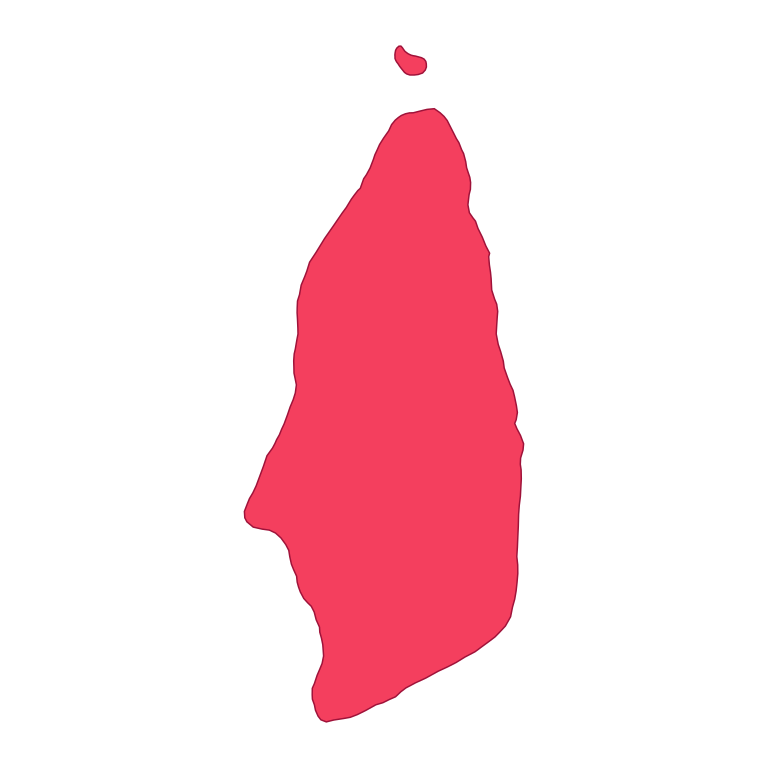 outline of North Maalhosmadulu, Maldives
{"feature_id": "70690204B68213949051923", "entity_name": "North Maalhosmadulu", "entity_type": "district", "adm_level": 2, "iso_a3": "MDV", "parent_name": "Maldives", "parent_adm1": "", "projection": "albers", "projection_center": [72.932, 5.655], "detail": "fine", "context": "isolated", "style": "filled", "palette": "rose", "viewbox_px": 768, "rotation_deg": 0, "n_neighbors": 0, "source": "geoboundaries", "source_scale": "gbopen_adm2", "svg_char_len": 2952}
<svg xmlns="http://www.w3.org/2000/svg" viewBox="0 0 768 768"><path d="M520.6,458.0L523.0,450.1L523.6,443.8L520.5,435.5L516.9,428.7L514.7,423.4L516.2,419.7L517.4,412.5L516.4,405.7L514.5,396.5L513.0,390.3L510.1,384.2L507.6,377.7L504.2,368.0L503.3,361.1L500.7,351.8L498.2,344.3L496.2,333.9L496.7,325.2L497.2,317.6L497.7,311.4L496.7,304.2L494.6,299.1L491.7,290.0L491.1,278.5L490.5,272.3L489.4,265.0L488.7,256.7L489.6,253.2L485.8,245.9L482.3,237.2L478.0,228.5L475.5,221.2L472.7,217.6L469.4,212.8L467.9,204.8L469.1,194.5L470.4,189.4L470.6,182.5L469.8,177.3L468.1,172.3L466.6,167.7L465.7,161.6L463.6,153.6L461.6,149.7L458.9,142.7L456.4,138.7L454.0,133.9L451.2,128.4L447.2,120.5L444.0,116.4L440.0,112.7L434.3,108.7L427.0,109.4L419.9,111.1L413.2,112.8L409.4,112.9L405.4,113.8L401.3,115.5L398.4,117.5L395.2,120.2L391.6,124.6L388.7,130.9L386.7,133.7L383.6,138.1L379.6,144.5L377.2,149.9L374.9,154.8L373.4,159.4L370.1,168.0L366.4,174.8L363.7,178.7L360.3,188.3L357.8,190.6L354.4,195.0L351.4,199.1L348.9,203.2L346.3,207.5L342.1,213.2L333.2,226.2L324.6,238.5L316.2,252.2L309.6,262.2L306.8,271.2L304.8,276.5L301.2,285.1L299.5,294.7L297.5,301.0L297.2,307.6L297.1,312.7L297.5,319.4L297.9,328.3L298.0,334.0L296.9,339.7L296.1,344.4L295.3,349.1L294.2,353.9L293.7,361.0L293.9,366.9L294.0,373.1L295.2,378.8L296.4,384.9L295.3,393.0L293.2,399.7L290.1,407.1L287.6,414.5L284.1,424.0L281.6,429.3L279.4,434.8L276.6,439.7L275.0,443.4L272.5,448.1L267.0,455.7L263.4,466.4L260.4,474.5L256.2,485.8L252.9,492.8L249.5,498.5L247.5,503.4L244.4,511.4L244.8,517.8L246.9,521.8L253.2,527.1L262.1,529.1L269.3,530.1L275.5,533.0L281.0,538.0L285.8,544.6L288.8,550.4L289.8,556.8L291.4,564.1L293.6,569.6L296.6,576.2L297.2,582.1L298.5,586.9L300.3,591.9L303.8,598.5L307.7,602.8L311.3,606.3L314.2,612.0L316.2,619.8L319.5,627.1L319.8,632.2L321.5,638.3L322.8,644.8L323.6,656.0L322.1,663.5L319.8,669.1L317.1,675.4L314.4,683.6L312.3,688.3L312.2,694.7L312.4,699.2L314.4,704.8L315.5,710.3L318.1,716.2L320.9,719.8L326.3,721.9L333.8,720.0L343.6,718.5L350.3,717.3L357.3,714.6L365.6,710.5L375.8,704.8L382.9,702.7L389.1,699.6L395.5,696.8L400.8,691.8L405.9,687.9L415.5,682.8L425.9,678.0L438.0,671.3L447.5,666.9L456.1,662.5L464.8,657.1L475.1,651.7L481.7,646.8L488.8,641.6L495.0,636.9L499.8,632.0L505.4,626.0L508.8,620.0L510.6,616.7L512.5,607.1L514.7,599.2L516.1,591.0L517.0,582.8L517.8,573.6L517.7,564.9L516.8,556.6L517.4,547.0L517.8,537.2L518.3,526.2L518.6,514.5L519.3,505.0L520.4,496.2L520.9,486.3L521.3,478.8L521.1,469.8L520.3,464.3L520.6,458.0ZM426.3,63.8L425.8,61.4L424.1,59.1L421.5,57.7L418.2,56.8L415.6,56.1L413.1,55.7L410.9,55.1L408.2,53.8L406.4,52.5L404.8,51.2L404.1,50.2L403.3,49.1L402.4,47.7L400.9,46.1L398.9,46.2L396.8,48.1L395.6,50.3L395.1,53.0L394.9,54.9L395.0,56.7L395.0,58.4L395.6,60.0L396.6,61.9L398.0,63.7L399.6,66.2L401.1,68.2L402.5,69.9L404.5,72.4L406.6,73.9L409.9,75.0L414.2,75.0L418.2,74.5L422.6,73.0L425.3,70.0L426.4,67.0L426.3,63.8Z" fill="#f43f5e" stroke="#9f1239" stroke-width="1.5"/></svg>